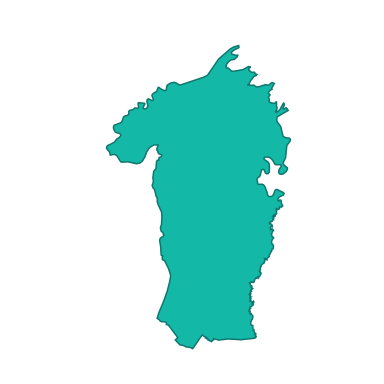 Mueang Surat Thani, Surat Thani, Thailand (Albers equal-area conic projection), rotated 12°
{"feature_id": "78962969B86261158660404", "entity_name": "Mueang Surat Thani", "entity_type": "district", "adm_level": 2, "iso_a3": "THA", "parent_name": "Thailand", "parent_adm1": "Surat Thani", "projection": "albers", "projection_center": [99.361, 9.1], "detail": "fine", "context": "isolated", "style": "filled", "palette": "teal", "viewbox_px": 384, "rotation_deg": 12, "n_neighbors": 0, "source": "geoboundaries", "source_scale": "gbopen_adm2", "svg_char_len": 6069}
<svg xmlns="http://www.w3.org/2000/svg" viewBox="0 0 384 384"><g transform="rotate(12 192 192)"><path d="M242.1,334.3L243.1,332.7L244.0,332.1L243.6,330.9L248.9,331.3L258.0,328.2L270.7,326.3L283.8,322.0L284.9,320.3L284.5,319.6L283.9,319.7L283.9,317.4L282.7,317.6L282.9,316.9L281.4,315.0L281.4,314.1L280.7,314.4L279.8,312.3L279.3,310.0L277.5,309.8L276.9,308.7L276.5,306.4L276.9,305.8L276.8,304.9L277.4,304.1L277.6,301.5L277.2,300.6L275.0,298.5L274.3,299.1L274.2,298.4L273.7,298.0L273.7,297.1L273.1,297.2L273.1,296.3L272.5,296.5L272.4,295.9L273.1,295.8L272.6,294.9L273.4,293.8L272.8,293.5L272.6,292.9L273.0,292.1L274.1,291.7L274.4,290.4L274.1,289.3L274.7,290.2L275.3,289.8L274.5,288.8L275.3,288.6L275.0,287.6L275.4,286.7L274.9,286.1L274.3,287.3L273.6,286.8L273.2,287.3L272.6,286.4L271.2,286.5L271.8,285.0L271.0,284.6L271.5,284.0L270.7,283.7L271.6,282.4L270.9,282.4L270.7,280.8L270.2,281.3L269.9,280.9L270.2,280.2L269.3,280.1L269.6,279.5L270.4,279.8L270.7,279.3L270.4,278.7L269.9,278.7L270.2,278.0L269.9,277.3L270.5,276.9L270.0,276.7L269.8,276.1L270.4,275.7L270.8,274.9L270.5,274.4L271.3,273.8L269.8,273.2L269.6,272.8L270.3,272.3L270.1,271.5L268.9,271.2L267.4,269.2L267.9,269.2L268.0,268.2L268.6,267.5L269.1,267.9L269.6,267.5L270.7,267.8L271.4,267.2L271.7,264.1L272.3,263.1L273.5,262.8L273.7,261.5L274.8,262.4L275.3,260.6L276.0,259.9L276.5,257.1L275.9,256.4L275.3,256.4L275.2,255.8L274.3,255.5L275.1,254.0L274.7,252.5L274.9,251.4L274.5,251.0L274.9,250.7L275.3,248.5L277.5,246.1L277.0,245.1L277.5,244.7L277.5,243.6L276.7,242.0L277.8,241.9L278.8,242.8L279.5,242.8L279.1,241.6L281.0,239.1L280.6,238.2L281.6,235.0L281.6,234.0L282.2,233.4L282.1,231.5L283.1,230.9L283.0,227.8L281.7,226.3L280.9,226.0L280.2,224.3L280.3,222.3L281.4,219.8L279.2,218.4L278.4,216.3L278.8,216.1L278.8,213.8L279.8,212.9L279.2,212.1L278.1,212.1L277.9,211.4L276.7,212.6L276.0,210.5L276.5,209.6L277.9,209.2L277.6,208.3L277.0,208.2L276.9,207.3L275.7,206.8L274.3,206.9L274.1,206.4L274.4,205.3L275.2,205.1L276.5,203.9L276.8,202.2L277.4,202.2L277.0,201.4L277.5,201.1L276.9,199.6L275.8,199.5L275.7,199.2L276.5,198.5L277.6,199.0L278.0,198.4L277.4,197.5L278.4,197.8L278.3,196.7L278.9,196.2L279.3,195.0L278.5,193.9L278.7,193.0L277.8,190.7L278.4,190.7L278.6,191.7L279.3,191.5L281.1,190.2L280.7,189.1L280.8,188.3L282.4,188.3L283.6,187.1L283.5,186.4L281.9,184.8L281.4,182.8L280.7,181.7L279.7,181.4L278.9,182.7L278.3,182.9L277.5,181.3L278.1,179.0L282.0,176.0L282.4,174.3L281.5,173.6L275.1,171.9L273.8,172.0L272.8,173.4L272.3,177.2L271.6,179.0L270.1,180.1L268.0,180.4L266.9,179.7L265.3,176.4L262.0,171.3L260.7,170.3L259.0,169.8L255.7,170.6L254.7,170.4L252.8,165.7L253.1,164.6L254.8,163.0L255.3,161.8L255.4,156.1L255.8,155.4L257.6,155.1L259.8,158.1L261.0,158.7L262.5,158.3L263.5,156.4L262.6,151.5L261.5,148.2L259.8,146.7L255.7,145.0L255.4,143.6L256.6,142.5L259.6,142.0L262.0,142.6L264.3,144.2L267.2,147.4L268.2,147.9L272.3,147.0L273.4,147.1L273.9,148.6L272.8,151.1L272.4,153.3L273.0,155.3L273.9,156.1L275.4,156.2L277.3,155.4L279.7,152.7L280.6,150.2L280.3,148.5L276.2,146.4L275.1,144.7L276.4,138.8L275.1,126.8L277.3,122.0L277.4,120.4L277.0,119.7L276.1,119.1L271.9,119.4L269.4,118.4L265.2,109.6L260.6,105.4L259.9,103.9L259.6,100.8L269.2,92.2L266.8,90.0L266.0,90.5L265.3,91.6L263.7,91.6L264.2,87.3L263.5,86.1L263.0,86.0L260.8,93.2L259.8,94.8L257.7,96.7L257.0,96.0L257.9,94.1L257.6,91.6L256.8,90.4L256.0,86.6L255.5,86.3L254.5,88.0L253.8,88.3L250.3,88.3L248.5,87.6L248.5,85.4L247.0,83.4L248.2,80.8L246.2,79.4L246.0,78.7L247.6,75.9L249.0,75.0L248.4,73.9L250.0,68.7L247.5,68.2L244.8,71.5L241.1,71.9L240.4,72.7L238.4,73.2L237.4,74.2L234.4,75.6L232.4,75.6L230.1,74.6L227.0,75.6L226.2,75.2L224.5,75.8L224.4,75.1L225.4,74.3L226.2,71.0L228.6,66.0L230.4,64.9L231.2,63.5L229.1,63.3L228.7,62.3L227.7,61.8L226.5,62.4L225.2,62.4L224.0,62.0L222.8,60.9L222.2,60.9L221.9,59.2L223.1,58.1L222.8,57.4L221.2,57.5L216.3,61.8L207.4,65.3L205.5,65.4L201.7,63.2L200.0,63.4L199.4,63.1L199.3,59.8L201.0,56.5L203.0,54.5L205.9,53.5L207.9,50.8L208.5,49.0L208.3,48.6L205.9,49.3L204.3,48.9L203.0,49.0L202.1,48.6L201.4,47.3L203.3,44.7L207.9,41.0L207.2,39.0L202.5,41.5L199.7,44.1L190.4,56.4L182.9,74.6L179.8,77.1L158.7,89.6L156.7,89.7L153.6,88.6L151.8,88.4L148.5,89.8L145.7,92.4L145.3,93.8L145.6,97.6L144.9,98.4L143.7,98.5L139.9,97.6L137.9,96.5L137.1,96.8L136.5,101.0L133.9,103.2L132.8,104.9L132.8,106.2L134.8,109.2L135.0,110.1L134.0,110.8L130.0,109.9L129.0,110.9L129.0,112.7L131.1,117.4L130.2,119.5L128.5,120.6L127.0,120.3L126.7,119.2L127.6,115.7L127.1,115.1L121.1,115.7L120.8,116.9L122.1,120.0L121.7,121.4L118.7,121.6L116.9,123.9L114.0,125.1L113.4,126.2L113.9,128.3L113.7,129.4L112.8,130.5L110.3,131.8L109.4,132.8L109.0,136.8L108.4,138.4L107.3,139.5L102.1,142.8L101.6,143.9L101.8,145.4L102.6,147.2L104.3,149.0L105.7,149.7L109.2,149.7L110.7,151.4L109.7,153.5L107.5,155.7L105.7,159.5L99.6,164.3L99.1,166.5L100.3,168.1L102.9,169.8L104.4,172.9L108.2,171.3L110.7,171.9L116.0,177.3L117.1,177.4L123.1,175.8L132.0,175.9L135.3,174.3L137.1,172.0L138.7,167.3L139.3,162.2L140.7,158.6L142.0,156.6L145.0,153.8L149.1,153.2L148.6,157.2L149.0,158.5L150.0,158.9L150.3,160.1L151.5,161.5L154.8,162.1L154.7,164.0L152.7,165.0L152.7,167.9L151.4,168.2L151.0,170.1L151.9,176.9L150.2,179.6L150.8,186.5L151.8,188.7L152.0,191.5L151.6,193.8L153.4,196.5L154.8,197.2L157.5,203.1L159.4,205.6L160.0,208.7L161.7,211.7L166.3,217.8L166.8,219.1L168.1,224.3L168.9,230.5L168.5,233.2L168.9,234.6L170.2,237.0L172.0,237.6L172.7,239.4L173.4,240.0L172.7,241.9L171.7,242.5L170.5,244.1L170.4,246.0L172.8,252.3L174.9,260.0L175.3,260.4L176.5,260.3L176.8,261.3L176.4,262.0L177.1,264.2L179.6,265.1L184.9,271.7L188.2,277.4L188.6,279.0L188.8,284.2L188.4,294.1L187.0,304.6L184.7,316.8L184.1,322.8L186.6,323.8L187.6,324.8L189.0,325.2L192.9,324.6L193.9,324.9L194.4,325.4L194.4,327.0L196.6,327.1L208.4,337.4L206.4,340.2L212.0,344.1L215.4,343.9L218.5,344.8L222.4,344.4L225.3,345.0L231.1,331.0L232.0,329.7L234.0,330.9L235.5,331.3L235.6,331.9L236.2,331.5L236.2,331.9L237.3,332.0L237.2,332.5L238.2,332.6L238.3,333.2L238.9,333.0L239.0,333.5L242.1,334.3Z" fill="#14b8a6" stroke="#0f766e" stroke-width="1.5"/></g></svg>